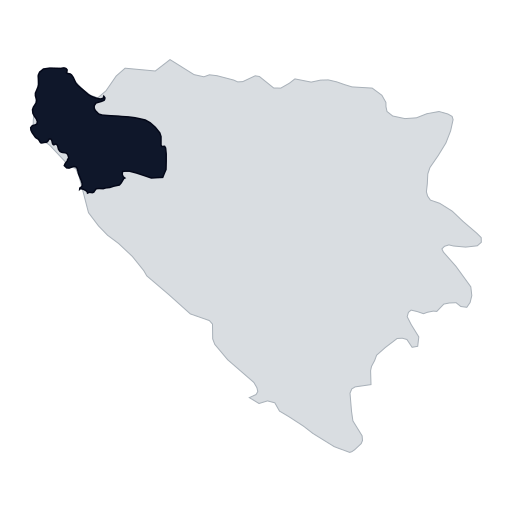 where Una-Sana sits in Bosnia and Herzegovina
{"feature_id": "BIH-2225", "entity_name": "Una-Sana", "entity_type": "Canton", "adm_level": 1, "iso_a3": "BIH", "parent_name": "Bosnia and Herzegovina", "parent_adm1": "", "projection": "robinson", "projection_center": [16.171, 44.785], "detail": "fine", "context": "in_parent", "style": "filled", "palette": "ink", "viewbox_px": 512, "rotation_deg": 0, "n_neighbors": 0, "source": "natural_earth", "source_scale": "10m", "svg_char_len": 3668}
<svg xmlns="http://www.w3.org/2000/svg" viewBox="0 0 512 512"><path d="M452.1,116.4L453.1,119.6L450.6,130.9L445.9,143.0L438.1,155.7L429.9,167.6L427.8,173.9L427.3,183.9L426.4,191.8L427.6,196.1L430.4,200.1L439.7,203.3L452.3,211.2L463.1,221.5L476.9,233.3L481.2,237.6L481.3,242.3L477.3,245.8L465.7,247.1L453.5,246.0L448.9,244.9L444.5,246.3L441.9,248.9L443.4,252.1L456.0,266.4L470.8,286.8L471.8,295.6L470.1,302.5L466.8,307.3L460.8,306.5L456.1,302.7L449.2,303.0L443.8,304.1L436.8,311.4L433.3,311.1L427.3,312.3L423.5,313.7L417.4,311.6L411.1,310.1L408.4,312.4L407.2,316.7L411.2,324.6L418.8,336.9L417.7,346.3L412.1,347.3L406.9,339.5L402.3,338.2L397.1,338.5L385.2,347.6L376.6,355.2L374.6,360.6L371.5,366.4L370.6,370.6L371.0,384.6L355.1,386.9L351.8,388.9L350.0,393.2L351.5,411.2L352.9,420.9L362.1,435.8L362.5,440.5L361.2,443.6L354.8,449.6L351.8,451.7L349.7,452.4L339.1,448.5L334.1,446.6L312.8,433.4L303.4,426.1L288.6,416.5L279.5,411.1L274.8,402.8L267.5,400.9L259.0,403.5L249.3,397.6L256.1,394.5L257.8,391.5L256.9,387.7L253.9,382.5L227.7,359.8L214.8,344.4L212.7,338.9L212.5,324.1L209.4,320.6L190.3,313.9L168.9,294.7L146.8,275.9L143.8,270.7L132.4,256.5L118.6,243.5L107.6,235.3L98.5,225.9L88.5,212.7L83.4,192.9L78.8,175.3L75.7,168.5L69.3,166.1L49.7,145.2L33.1,133.0L33.3,119.9L36.0,98.1L39.2,73.6L43.2,70.2L50.8,68.3L59.5,69.0L67.0,72.0L81.9,88.8L90.5,95.3L97.7,97.9L106.0,90.8L116.2,76.0L125.1,68.2L155.3,71.0L170.0,59.6L194.0,74.6L203.9,76.8L209.4,74.8L217.0,75.7L233.8,80.1L237.7,81.9L242.8,81.6L255.2,75.8L259.4,76.5L273.7,88.0L280.8,88.1L289.4,83.2L294.9,78.9L311.2,82.1L320.6,80.1L328.3,79.9L336.8,81.9L344.5,84.6L352.0,86.9L372.2,88.1L381.9,95.3L385.9,102.4L386.0,106.8L387.0,111.5L392.7,116.0L404.9,118.6L412.5,118.1L416.5,117.8L426.9,113.7L439.0,111.5L447.9,114.0L452.1,116.4Z" fill="#d9dde1" stroke="#a8b0b8" stroke-width="1"/><path d="M100.3,99.0L103.2,98.3L103.8,96.3L104.2,96.8L104.9,97.8L104.8,98.9L104.1,100.3L101.5,101.4L96.0,103.0L94.2,105.7L94.2,108.2L95.3,110.5L98.7,114.0L102.3,115.1L110.0,115.7L118.1,116.1L121.7,116.5L128.5,116.9L134.8,117.7L139.2,118.6L145.3,120.0L150.1,122.7L155.3,127.3L159.8,132.9L161.0,136.6L161.0,142.4L161.0,144.9L161.6,146.5L164.6,146.3L165.6,148.0L166.2,154.0L166.2,161.2L166.0,169.5L164.9,172.0L163.7,174.9L162.7,177.4L157.7,177.6L151.3,178.0L144.6,175.7L136.4,173.0L129.5,171.2L125.0,171.2L122.6,171.4L122.2,174.3L123.2,176.8L124.8,178.0L123.8,178.5L121.2,182.9L119.4,185.0L113.7,186.2L109.8,187.5L105.8,187.9L103.2,188.7L99.1,188.5L96.3,188.7L94.6,190.8L93.8,192.1L92.4,192.7L89.5,192.3L88.2,192.8L87.5,193.1L87.2,191.8L86.0,190.7L83.5,189.3L81.4,188.8L80.1,188.8L79.7,189.2L79.8,188.1L80.5,187.5L81.5,186.9L82.2,185.9L82.2,183.7L81.4,180.9L78.5,173.8L77.9,170.9L77.2,168.4L75.8,166.8L73.4,166.5L69.1,168.1L66.7,167.9L64.3,165.6L65.3,163.3L67.2,161.1L67.7,159.1L68.7,158.7L68.8,158.6L68.4,156.6L67.8,154.8L66.9,153.5L65.5,152.8L62.7,152.5L61.2,152.1L60.0,151.4L58.5,149.3L57.6,145.7L56.4,144.2L55.5,144.1L54.5,144.6L53.6,144.8L52.7,144.0L52.3,142.7L52.0,141.2L51.5,139.9L50.7,139.0L49.3,139.0L48.5,139.9L47.9,141.1L47.0,142.0L46.0,142.3L43.9,142.5L42.8,142.8L41.1,143.0L40.1,142.1L39.3,140.6L38.4,139.3L35.7,137.6L35.1,136.9L32.1,132.6L30.9,130.0L30.7,127.6L32.4,125.6L34.8,125.0L36.8,124.1L37.4,121.6L36.3,118.8L34.4,116.2L32.9,113.3L32.5,109.7L32.9,108.6L33.4,107.1L36.3,102.7L36.7,100.1L35.4,95.8L35.4,93.1L38.1,86.9L38.7,84.7L38.2,76.2L38.3,75.1L39.7,72.0L40.9,71.1L43.4,69.0L49.7,68.1L60.8,68.4L63.4,67.9L64.7,68.0L66.1,68.6L67.1,69.8L67.0,71.1L66.6,72.1L66.5,72.8L67.5,73.5L70.1,73.9L71.5,74.9L73.3,77.5L75.8,83.1L77.8,85.4L88.4,94.6L91.6,96.4L96.1,98.1L100.3,99.0Z" fill="#0f172a" stroke="#020617" stroke-width="1.5"/></svg>